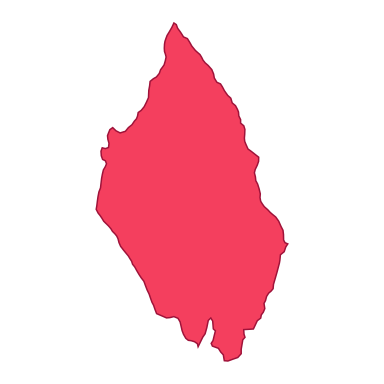 the district of Santa Maria do Salto, Minas Gerais, Brazil
{"feature_id": "56859067B45600385966200", "entity_name": "Santa Maria do Salto", "entity_type": "district", "adm_level": 2, "iso_a3": "BRA", "parent_name": "Brazil", "parent_adm1": "Minas Gerais", "projection": "albers", "projection_center": [-40.119, -16.295], "detail": "fine", "context": "isolated", "style": "filled", "palette": "rose", "viewbox_px": 384, "rotation_deg": 0, "n_neighbors": 0, "source": "geoboundaries", "source_scale": "gbopen_adm2", "svg_char_len": 2683}
<svg xmlns="http://www.w3.org/2000/svg" viewBox="0 0 384 384"><path d="M287.8,243.9L285.0,242.7L283.6,240.0L283.5,234.6L283.0,230.3L280.9,226.2L278.7,221.2L275.7,217.0L272.5,214.4L270.2,212.4L267.7,209.7L264.3,206.7L262.3,203.9L260.7,201.3L260.0,197.6L260.3,193.9L259.1,188.8L257.6,184.0L255.8,180.7L255.4,176.8L254.4,172.8L255.2,169.5L257.3,165.1L258.6,161.3L258.7,157.2L255.1,154.4L251.3,151.4L248.0,149.0L245.9,144.3L244.7,141.3L244.4,138.2L244.7,134.5L244.9,129.4L243.8,125.8L240.6,123.1L240.6,119.6L238.8,115.9L238.5,112.0L237.4,109.3L235.5,105.7L232.2,102.9L230.8,98.2L227.7,95.4L224.4,90.7L222.4,86.9L220.5,83.9L216.9,82.3L214.3,78.0L213.6,74.0L211.8,69.6L208.2,65.5L205.1,62.8L203.0,60.1L201.7,57.4L200.0,54.6L197.5,52.4L195.4,50.5L193.6,48.3L191.8,46.1L189.8,42.5L187.4,38.6L183.5,36.9L180.6,32.3L177.6,28.2L176.3,24.6L173.9,23.0L171.9,27.3L169.2,32.0L167.1,35.4L165.9,38.6L165.0,41.3L164.5,44.2L164.3,48.2L164.5,51.5L165.4,54.2L166.1,57.0L165.3,60.8L164.1,64.9L162.4,67.3L160.6,69.7L159.3,73.4L156.4,77.0L153.4,78.7L150.1,81.4L149.6,85.9L148.8,90.3L148.6,94.6L148.5,97.6L146.4,102.3L144.2,106.7L141.2,110.4L138.2,112.5L137.5,116.2L136.4,118.9L134.4,121.1L132.0,124.7L128.4,127.6L125.4,131.3L120.1,132.9L116.0,130.8L112.7,127.6L109.9,129.6L108.5,133.0L107.5,135.7L107.9,139.4L109.0,143.4L108.5,147.5L105.4,148.6L102.2,147.8L101.0,151.2L101.3,155.8L102.6,159.4L105.4,160.8L106.5,163.8L105.4,166.5L103.4,169.9L102.4,174.1L101.6,178.4L101.0,183.5L100.5,187.9L98.9,192.0L98.0,196.7L97.4,201.0L96.8,205.8L96.2,209.3L98.2,213.2L100.0,215.4L101.9,218.2L103.7,221.2L105.9,223.4L108.4,225.8L110.8,228.6L112.5,231.4L114.9,233.8L116.7,236.0L118.0,238.7L119.0,242.6L120.6,246.3L123.2,249.7L125.8,252.9L128.3,255.9L129.8,258.4L131.6,261.2L132.6,264.3L134.7,266.9L136.8,270.7L139.1,274.6L141.2,277.8L143.9,281.3L145.5,285.7L147.1,289.9L149.1,294.0L150.6,298.4L152.0,302.3L153.6,305.3L154.8,308.9L156.6,313.6L161.7,315.8L166.5,317.9L170.0,317.6L173.9,316.6L178.0,318.3L180.1,321.9L181.1,326.2L182.1,330.6L183.5,334.3L185.8,338.3L188.3,340.3L191.2,340.7L194.5,341.7L197.4,343.7L198.1,346.7L202.8,337.1L205.1,333.8L206.8,327.7L208.3,320.4L210.8,318.0L212.7,321.1L213.3,328.9L215.4,330.8L213.0,340.6L211.2,343.4L212.4,346.1L218.4,348.3L220.7,352.0L223.3,354.8L224.3,360.7L227.9,361.0L233.1,359.1L237.8,357.5L241.2,353.7L241.2,349.2L242.8,339.8L245.0,337.3L244.0,334.2L243.7,329.6L253.4,329.0L257.3,320.7L260.7,318.1L261.3,314.9L263.3,312.2L264.8,308.6L264.0,303.4L265.5,300.6L266.6,296.4L268.7,293.1L271.0,291.2L273.1,288.7L273.5,284.3L275.2,278.5L277.0,272.2L279.4,263.1L279.9,260.2L280.4,254.8L284.2,251.7L285.8,246.9L287.8,243.9Z" fill="#f43f5e" stroke="#9f1239" stroke-width="1.5"/></svg>